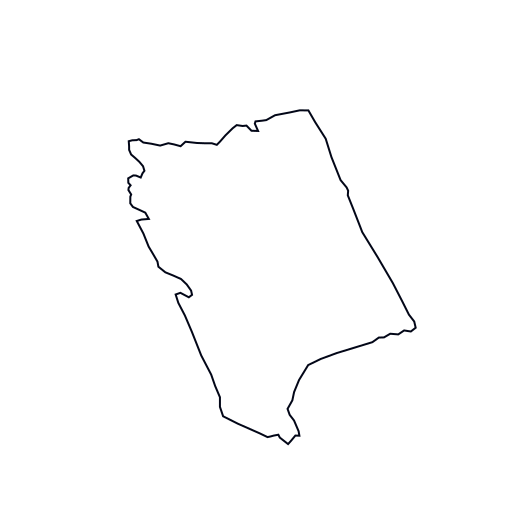 the district of Lycksele, Västerbotten, Sweden, rotated 37°
{"feature_id": "70781695B44534775351427", "entity_name": "Lycksele", "entity_type": "district", "adm_level": 2, "iso_a3": "SWE", "parent_name": "Sweden", "parent_adm1": "Västerbotten", "projection": "robinson", "projection_center": [18.314, 64.665], "detail": "fine", "context": "isolated", "style": "outline", "palette": "ink", "viewbox_px": 512, "rotation_deg": 37, "n_neighbors": 0, "source": "geoboundaries", "source_scale": "gbopen_adm2", "svg_char_len": 1681}
<svg xmlns="http://www.w3.org/2000/svg" viewBox="0 0 512 512"><g transform="rotate(37 256 256)"><path d="M169.9,157.6L167.1,160.2L161.8,163.1L160.5,168.0L159.0,178.0L158.4,186.3L157.8,190.8L153.0,192.5L146.8,197.1L140.8,201.3L130.9,207.2L129.7,213.7L123.4,216.2L118.1,218.7L113.0,225.5L104.9,229.3L97.7,233.2L92.2,233.2L90.9,235.3L87.5,238.1L85.3,240.9L88.6,244.7L90.8,247.6L95.2,250.1L100.2,250.4L106.2,251.0L111.8,252.3L115.6,255.1L115.6,258.3L116.7,262.7L111.7,264.0L109.5,265.5L107.2,270.9L110.0,274.4L113.3,275.0L113.3,278.2L114.4,280.1L119.3,282.0L119.9,284.2L123.9,289.6L128.2,290.9L135.4,289.3L141.5,288.0L148.1,290.9L142.5,295.9L139.7,299.8L152.5,305.8L164.6,313.1L172.4,316.3L180.7,319.8L184.5,323.3L193.4,323.6L201.7,321.4L210.0,319.5L217.8,320.4L225.0,322.7L228.3,325.5L227.2,329.4L217.8,330.9L215.0,335.1L222.2,340.2L235.0,346.3L250.5,355.2L272.1,368.4L291.6,377.7L301.6,384.4L312.2,390.5L318.0,398.2L326.2,403.8L342.7,400.8L357.6,397.3L365.7,395.4L374.2,393.7L376.2,391.4L378.2,388.8L381.4,385.3L384.3,386.7L394.8,386.9L395.2,382.5L395.5,375.7L398.8,373.4L395.5,370.3L385.4,364.5L378.5,362.6L373.2,359.1L371.9,349.4L368.3,341.7L365.0,329.1L363.3,311.7L369.7,299.2L378.9,284.9L392.0,266.9L400.8,254.8L403.2,247.2L407.2,244.0L410.0,237.3L416.8,233.0L419.1,226.3L422.7,224.4L425.1,223.1L426.7,217.2L421.8,213.1L413.4,210.8L400.1,204.2L381.6,195.3L353.8,183.7L326.5,173.0L321.7,170.0L305.2,159.8L292.8,152.3L290.3,148.4L287.1,146.7L277.9,144.5L256.7,131.6L241.1,120.4L222.7,113.5L210.2,108.2L203.2,113.4L196.7,120.9L186.5,132.1L182.4,141.3L179.5,144.2L174.6,148.8L175.4,151.0L182.4,154.9L177.0,158.7L169.9,157.6Z" fill="none" stroke="#020617" stroke-width="2"/></g></svg>